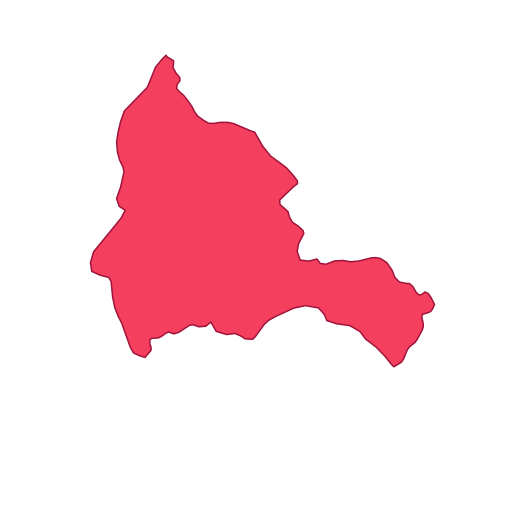 map outline of Tuy (Mercator projection), rotated 26°
{"feature_id": "BFA-2834", "entity_name": "Tuy", "entity_type": "Province", "adm_level": 1, "iso_a3": "BFA", "parent_name": "Burkina Faso", "parent_adm1": "", "projection": "mercator", "projection_center": [-3.419, 11.41], "detail": "fine", "context": "isolated", "style": "filled", "palette": "rose", "viewbox_px": 512, "rotation_deg": 26, "n_neighbors": 0, "source": "natural_earth", "source_scale": "10m", "svg_char_len": 1991}
<svg xmlns="http://www.w3.org/2000/svg" viewBox="0 0 512 512"><g transform="rotate(26 256 256)"><path d="M200.4,145.2L213.6,154.2L225.1,159.7L244.5,163.3L254.6,167.4L260.2,170.3L261.6,172.8L259.5,176.9L252.7,195.3L255.0,199.2L265.2,202.0L269.4,206.7L274.0,209.7L281.2,210.7L287.2,212.6L289.1,214.8L288.9,226.5L291.0,233.8L297.5,240.3L305.6,237.5L312.1,232.0L317.1,234.5L322.5,232.7L328.9,225.9L335.9,222.0L343.3,219.8L350.4,215.6L360.5,207.1L364.2,205.0L368.6,203.7L376.2,204.5L384.5,209.1L390.3,214.4L396.2,216.5L402.0,215.1L406.2,213.5L410.6,214.8L415.8,218.4L420.0,219.6L422.2,217.4L423.6,214.3L427.2,214.2L431.6,216.7L437.7,221.3L437.9,226.1L437.4,229.1L436.2,230.8L431.0,235.7L431.9,238.4L435.9,243.4L437.4,246.4L437.9,249.7L437.4,260.8L436.7,264.2L433.8,270.3L433.1,273.8L433.8,284.2L433.1,288.0L428.5,295.1L425.6,294.2L415.2,289.3L403.7,285.2L390.9,282.6L382.6,278.3L370.8,277.5L358.1,281.6L348.0,283.0L343.1,278.6L335.0,275.3L322.2,278.9L312.7,286.4L299.7,302.3L295.5,308.4L293.4,313.8L290.7,329.0L289.5,332.3L282.7,335.2L277.0,334.5L271.0,334.9L263.9,339.5L253.3,341.2L244.4,335.2L241.6,341.2L235.6,344.7L230.0,345.3L226.8,347.2L220.0,358.5L216.3,362.0L210.5,362.7L208.5,365.5L206.7,369.0L204.7,371.9L201.9,373.8L198.7,375.3L197.4,377.7L199.0,381.3L201.7,384.1L203.0,386.8L200.7,395.8L195.9,396.6L188.6,396.9L183.2,393.3L164.8,375.3L158.7,370.7L151.9,364.5L145.3,356.0L136.9,342.3L134.6,340.9L133.3,339.8L124.1,341.6L115.1,341.8L110.1,334.5L108.2,323.4L118.1,281.3L118.4,272.2L111.4,271.4L105.5,265.5L104.1,253.4L100.4,238.1L97.6,234.5L91.4,229.6L85.8,223.2L80.7,214.5L77.5,204.1L75.3,194.1L74.1,183.3L84.4,152.0L82.9,130.3L85.2,120.7L87.1,115.1L88.8,116.0L96.4,116.7L97.7,119.6L98.6,122.8L103.6,126.5L109.4,129.1L110.8,132.0L109.9,136.4L111.2,140.2L115.1,141.9L120.4,143.3L127.2,146.5L133.1,149.9L137.6,153.3L142.2,155.8L149.1,157.0L154.9,157.5L159.5,155.6L165.4,151.5L171.9,148.3L177.7,146.8L197.3,145.8L200.4,145.2Z" fill="#f43f5e" stroke="#9f1239" stroke-width="1.5"/></g></svg>